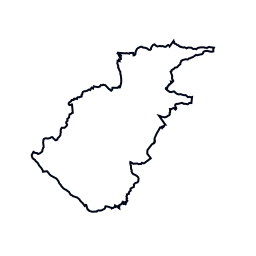 Calnic, Gorj, Romania (Natural Earth projection), rotated 79°
{"feature_id": "2599482B43333007752973", "entity_name": "Calnic", "entity_type": "district", "adm_level": 2, "iso_a3": "ROU", "parent_name": "Romania", "parent_adm1": "Gorj", "projection": "natural_earth1", "projection_center": [23.062, 44.952], "detail": "fine", "context": "isolated", "style": "outline", "palette": "ink", "viewbox_px": 256, "rotation_deg": 79, "n_neighbors": 0, "source": "geoboundaries", "source_scale": "gbopen_adm2", "svg_char_len": 5706}
<svg xmlns="http://www.w3.org/2000/svg" viewBox="0 0 256 256"><g transform="rotate(79 128 128)"><path d="M136.2,227.7L138.9,227.6L140.4,226.7L141.4,225.5L143.0,224.9L144.8,223.4L148.3,222.2L150.8,220.7L152.7,220.0L153.5,219.8L154.7,219.8L154.9,216.5L155.1,215.6L158.8,213.7L160.0,212.8L164.1,207.8L167.2,206.3L167.9,206.3L169.2,206.0L171.2,204.8L172.3,204.5L174.7,203.1L176.1,201.8L176.9,200.5L178.0,199.7L179.4,198.2L182.5,197.1L183.5,195.7L184.5,195.0L185.2,193.5L186.7,191.0L188.8,189.3L190.1,188.9L192.3,187.5L192.9,186.9L196.3,185.3L195.4,184.2L195.6,183.7L200.4,183.2L200.6,182.6L202.0,181.8L203.5,178.8L203.6,177.0L204.1,174.7L203.4,173.9L203.3,172.4L203.6,171.9L203.8,169.7L203.1,167.5L203.1,167.1L202.7,166.3L201.9,165.6L200.9,165.3L200.6,165.0L201.3,162.8L202.9,160.1L203.2,159.2L203.8,159.2L203.6,158.4L203.6,157.5L203.1,156.7L202.9,156.3L203.0,156.0L202.6,156.0L201.6,155.5L203.0,154.5L203.2,153.9L202.6,153.9L202.7,153.6L203.0,152.8L204.4,152.7L205.2,151.9L203.7,151.8L203.3,151.4L202.3,151.5L201.8,150.4L201.7,149.6L200.6,148.0L200.1,147.7L201.7,147.1L201.9,146.7L201.7,146.3L202.1,146.2L200.5,146.4L200.2,146.2L200.8,145.8L200.0,145.8L202.0,145.1L202.0,144.9L201.4,145.1L201.9,144.5L200.4,145.1L200.2,144.8L201.1,144.4L200.9,144.0L200.4,144.2L199.9,143.8L199.6,143.2L199.6,142.9L199.3,142.5L197.8,143.0L197.0,142.8L196.8,142.3L194.8,142.6L194.1,141.9L192.9,141.7L192.9,140.6L192.7,139.5L191.4,139.5L190.5,138.5L190.0,137.3L188.4,137.3L188.0,137.0L187.4,135.4L187.0,133.5L185.6,133.1L184.7,133.1L184.2,132.6L183.4,131.2L183.2,129.0L182.2,128.1L179.8,127.3L178.3,127.4L176.6,128.6L174.8,130.7L174.4,131.6L173.3,132.3L171.8,132.7L171.2,132.8L170.1,132.4L168.5,132.8L166.0,132.4L162.8,132.5L161.9,132.2L162.6,131.1L163.3,130.6L164.2,129.5L164.2,128.2L164.4,127.6L164.6,125.7L165.6,124.2L165.6,122.9L165.9,122.1L164.8,121.0L165.1,120.4L165.6,119.8L165.6,118.7L162.1,111.4L156.9,114.0L153.5,113.2L148.7,107.8L148.2,106.8L148.1,105.8L147.7,105.6L147.7,105.0L147.3,104.7L146.9,105.0L146.5,104.7L146.6,104.3L146.3,104.1L145.1,104.3L144.9,104.0L143.8,104.1L142.8,103.6L139.3,101.2L133.7,96.4L133.9,96.1L133.5,95.2L134.2,94.8L133.7,94.6L133.9,94.3L133.5,94.2L133.6,93.8L133.1,93.7L133.1,93.3L133.4,93.0L133.0,92.8L133.1,92.3L132.4,91.8L132.2,91.5L131.6,91.2L131.7,90.8L121.8,95.3L122.5,93.9L123.4,93.1L124.0,91.0L124.6,89.9L124.4,88.0L123.8,86.9L123.3,85.1L122.7,84.4L121.2,84.3L120.8,83.7L119.4,83.5L119.1,83.2L117.4,83.2L117.7,81.9L117.0,79.3L119.0,77.9L118.7,77.4L117.8,76.8L116.8,77.2L114.7,77.4L114.0,77.0L113.7,76.3L113.6,75.3L113.9,74.4L113.6,70.4L114.0,69.5L114.8,68.9L115.5,66.1L116.0,65.4L116.0,64.5L115.1,63.0L115.2,62.3L115.6,61.0L109.8,59.2L109.9,60.4L109.1,61.8L109.1,63.3L106.7,65.1L106.5,66.7L105.4,69.0L104.8,69.8L104.7,71.8L104.5,72.3L103.5,73.8L100.8,75.9L101.0,78.8L100.5,80.2L99.0,81.7L96.8,83.4L96.0,83.1L95.8,82.8L96.5,82.0L94.6,81.0L94.2,80.1L93.7,79.9L93.3,79.5L93.4,79.2L93.0,79.0L93.1,78.5L92.1,77.0L90.6,77.0L90.9,76.4L90.9,76.1L91.4,75.7L90.5,74.6L88.0,75.3L85.1,74.7L80.8,75.4L80.6,74.5L79.5,74.1L78.6,71.4L77.7,70.5L77.8,68.3L75.9,65.7L75.8,65.2L75.3,64.4L74.1,64.2L72.7,62.9L72.1,62.8L71.7,61.1L71.5,58.2L72.1,56.9L72.1,56.1L71.3,54.8L71.4,53.5L71.0,52.6L70.8,50.9L69.7,48.3L69.2,47.4L69.8,46.2L69.6,42.6L69.7,41.4L69.2,40.4L67.6,39.3L67.1,37.4L67.5,35.1L67.8,34.7L69.1,31.7L69.1,29.6L67.0,29.3L65.6,28.3L63.9,33.2L64.5,35.2L64.0,36.4L63.9,37.1L63.3,38.1L62.7,41.1L62.7,43.2L62.6,43.8L63.7,46.0L63.0,47.2L63.0,48.5L62.7,49.2L61.6,50.1L61.2,50.7L60.5,53.6L61.0,55.3L60.5,55.6L59.5,57.3L59.6,58.2L59.3,58.7L59.2,59.3L58.5,60.2L58.5,60.8L58.3,61.3L57.6,61.6L57.3,62.3L56.5,62.7L55.8,64.0L54.9,64.7L53.8,66.3L53.2,66.5L52.3,66.3L52.0,66.7L51.3,66.7L55.9,71.6L55.1,71.8L54.2,72.7L54.4,73.5L55.3,75.0L55.5,76.0L55.1,76.9L54.3,78.0L54.0,80.2L53.5,81.0L53.6,83.5L52.2,85.2L51.0,85.9L51.2,87.5L53.3,89.8L55.1,90.5L55.4,91.0L55.5,91.6L55.0,92.9L53.4,94.2L52.3,96.5L51.8,98.1L50.8,99.0L50.8,100.6L51.5,103.0L52.2,104.2L54.4,105.8L57.0,106.7L57.7,107.6L57.8,108.3L57.8,108.7L55.3,108.5L54.7,111.9L55.3,112.4L54.2,115.3L54.3,115.9L53.8,118.0L52.2,123.6L52.9,124.0L53.2,123.5L54.5,122.4L54.9,121.4L55.8,121.0L56.0,121.3L55.6,121.9L55.6,122.9L57.2,122.4L57.8,121.6L58.7,121.7L58.6,122.2L59.4,122.8L59.0,123.9L59.8,124.4L60.6,124.0L60.1,125.4L62.7,126.2L65.0,125.7L67.0,126.2L67.6,125.7L69.8,125.5L71.3,124.8L73.3,125.2L74.9,125.0L78.5,125.3L81.3,125.8L83.1,126.4L86.6,128.2L86.6,128.5L85.5,129.0L85.7,129.4L86.1,129.7L86.6,130.5L85.5,135.6L87.4,136.2L88.2,137.4L87.4,138.2L86.6,138.5L86.1,139.3L81.8,142.0L81.5,142.4L81.1,143.7L80.7,144.2L81.1,145.1L80.7,146.5L81.2,147.2L81.9,147.6L82.2,149.7L80.6,153.7L82.6,154.8L81.5,156.1L83.5,157.9L82.9,158.5L82.8,159.0L83.7,161.1L83.5,161.8L83.8,162.7L83.6,164.1L84.0,165.4L85.0,166.1L86.3,166.5L86.8,167.4L88.0,167.4L88.4,167.7L88.3,169.1L88.6,170.0L88.2,171.2L88.7,172.3L89.8,172.6L88.9,175.1L89.0,175.4L90.0,175.8L90.1,176.8L89.7,177.5L89.8,178.0L91.0,178.9L91.5,180.5L92.4,181.5L92.8,181.6L93.6,181.6L94.4,180.9L94.5,180.6L94.1,179.1L94.2,178.5L102.5,179.3L102.6,180.3L103.0,180.6L103.3,181.4L103.5,182.8L106.4,183.9L106.9,184.6L107.6,185.9L109.4,186.0L110.1,187.3L111.3,187.7L111.7,187.7L112.9,187.1L114.1,187.7L115.3,189.6L115.7,190.4L115.1,192.9L116.2,194.0L117.8,194.6L119.4,194.7L120.3,195.3L122.1,195.7L123.8,197.5L124.0,198.1L124.9,199.2L125.9,199.6L126.3,201.1L126.2,201.5L124.8,202.5L124.2,203.1L122.7,203.8L122.4,204.3L122.5,205.1L123.0,206.6L123.1,208.6L122.3,211.0L122.8,212.8L123.1,213.1L126.1,214.1L130.7,214.4L131.8,215.4L133.3,216.2L134.1,216.4L134.9,217.0L136.0,219.3L136.4,221.2L135.9,221.8L135.2,222.1L134.7,223.9L134.5,224.4L133.4,225.1L133.3,225.3L136.2,227.7Z" fill="none" stroke="#020617" stroke-width="2"/></g></svg>